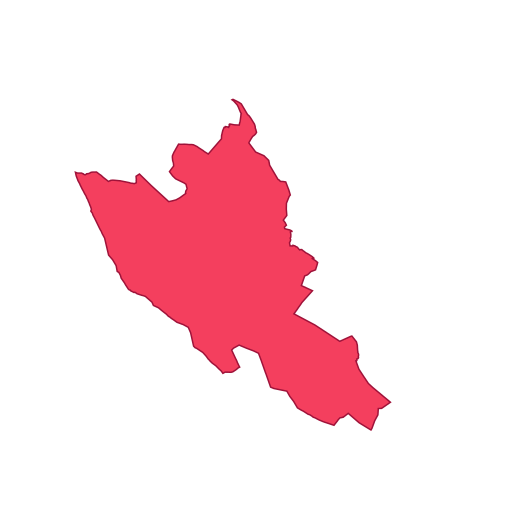 Kviteseid nor, Telemark, Norway (Robinson projection), rotated 36°
{"feature_id": "86288312B3743055335069", "entity_name": "Kviteseid nor", "entity_type": "district", "adm_level": 2, "iso_a3": "NOR", "parent_name": "Norway", "parent_adm1": "Telemark", "projection": "robinson", "projection_center": [8.487, 59.408], "detail": "fine", "context": "isolated", "style": "filled", "palette": "rose", "viewbox_px": 512, "rotation_deg": 36, "n_neighbors": 0, "source": "geoboundaries", "source_scale": "gbopen_adm2", "svg_char_len": 5991}
<svg xmlns="http://www.w3.org/2000/svg" viewBox="0 0 512 512"><g transform="rotate(36 256 256)"><path d="M172.1,357.8L172.9,357.9L173.2,357.9L173.5,357.9L174.3,357.5L174.6,357.5L174.8,357.6L175.0,357.8L175.7,357.8L176.5,357.6L176.9,357.5L178.6,357.3L179.0,357.0L179.0,356.8L179.2,356.6L179.9,356.4L180.7,356.5L181.3,356.4L181.8,356.5L187.1,354.8L187.9,354.4L190.3,353.7L199.0,354.5L202.1,356.3L207.6,355.2L211.2,355.5L216.2,355.7L217.3,355.7L218.6,355.9L220.7,356.3L221.6,356.1L222.6,356.1L223.4,356.2L225.2,356.2L226.5,356.1L231.0,356.1L233.7,355.3L236.0,354.7L237.2,354.3L243.1,353.5L248.2,356.5L258.5,365.6L260.7,366.0L262.1,365.6L269.7,365.3L273.5,366.1L274.8,366.4L278.1,367.5L279.2,367.6L281.5,368.2L282.2,368.1L283.3,368.4L288.0,368.4L292.7,369.2L295.0,369.4L295.8,369.6L298.2,370.4L298.9,368.9L299.3,368.1L302.0,366.2L302.3,366.0L304.1,364.8L305.3,363.4L306.6,360.0L307.2,357.8L307.3,357.1L308.1,355.5L306.8,354.9L304.5,353.6L303.6,353.2L302.8,352.6L300.9,351.5L300.0,351.1L291.6,346.4L292.0,343.7L294.7,338.0L302.4,336.2L309.8,334.2L315.2,333.2L322.0,337.7L323.4,338.7L325.6,340.2L332.1,344.7L333.5,345.6L344.9,353.5L348.3,352.7L360.4,347.2L365.9,349.7L371.9,351.5L378.8,354.5L383.2,354.1L385.6,353.7L391.3,353.4L391.9,353.1L393.0,352.8L395.4,352.7L396.1,352.7L396.4,352.8L396.7,352.8L397.3,352.7L399.0,352.2L399.6,352.1L400.5,352.0L403.7,351.5L405.7,351.0L407.1,350.7L409.9,349.9L410.1,349.8L412.9,348.9L413.5,348.7L415.5,348.1L418.6,347.1L418.8,341.0L418.7,340.1L418.8,339.6L419.0,338.2L419.0,337.7L419.6,337.0L419.9,336.6L420.3,336.4L420.5,336.1L420.8,335.8L421.0,335.4L421.3,335.2L421.2,334.8L421.5,334.5L421.6,334.3L423.1,329.1L425.8,329.3L437.4,330.3L451.3,329.2L451.1,327.2L448.9,319.6L448.0,312.9L444.6,307.5L447.2,305.4L450.7,295.3L428.0,293.8L421.9,293.1L413.7,290.1L405.8,287.1L398.7,282.3L398.6,282.2L398.9,282.1L399.0,281.9L399.0,281.6L399.0,281.3L398.9,281.0L398.7,280.8L398.2,280.3L398.1,280.0L398.1,279.8L398.7,279.3L398.7,279.1L398.7,278.9L398.8,278.8L398.6,278.3L398.7,278.0L398.6,277.9L397.9,277.3L397.8,277.0L397.8,276.9L397.6,276.5L397.4,276.3L397.3,275.9L396.6,275.1L395.3,274.3L394.7,274.0L394.4,273.2L393.9,272.9L390.4,268.6L387.7,266.4L380.6,264.4L379.9,265.3L373.9,275.8L344.2,277.2L320.7,280.5L320.7,280.2L320.7,278.0L320.7,275.1L320.6,272.7L320.6,269.3L320.6,268.7L320.5,267.6L320.5,266.4L322.1,250.9L310.1,253.3L307.1,243.5L308.7,241.0L309.1,239.3L309.5,236.8L309.6,236.3L311.5,233.5L311.8,233.0L312.3,232.2L310.7,227.5L309.7,225.0L306.9,224.8L303.0,225.0L303.0,224.6L303.8,224.1L304.0,223.7L302.2,223.5L301.0,223.5L297.3,223.7L295.5,223.9L294.9,224.1L294.5,224.1L291.6,224.0L291.4,224.1L289.2,223.9L288.9,224.3L288.6,224.4L288.1,224.8L287.8,225.4L286.4,225.2L286.2,225.1L284.4,224.6L283.0,224.8L282.5,225.1L282.3,225.0L281.8,224.9L281.6,224.9L281.3,225.0L281.2,225.1L279.9,225.5L280.0,225.6L279.7,225.9L279.8,226.3L278.9,226.9L278.6,227.1L277.6,227.8L275.3,225.6L275.1,224.1L274.6,222.6L273.1,221.4L273.1,220.4L271.4,217.9L269.6,216.3L270.1,215.4L270.6,215.0L270.2,214.7L268.2,215.0L264.8,216.4L263.1,217.0L262.0,215.9L262.5,213.2L261.3,212.6L260.3,212.0L257.0,210.9L257.1,205.1L253.0,200.3L249.6,195.4L247.8,188.2L247.9,186.5L243.9,183.4L236.5,178.6L234.0,179.9L231.9,181.3L230.4,180.9L228.8,181.1L213.6,174.5L212.3,173.2L210.1,171.2L203.5,170.2L194.6,172.1L183.9,168.8L183.6,168.4L183.5,167.3L183.2,164.8L183.0,161.3L183.6,159.4L183.9,157.7L183.9,157.2L183.8,156.1L183.8,155.9L183.8,155.7L183.5,155.4L182.2,154.4L181.7,153.9L181.1,153.6L180.7,153.2L180.3,153.0L179.1,151.6L177.2,150.2L170.6,147.5L168.2,146.7L166.0,146.5L154.7,141.6L152.0,141.7L148.7,142.2L145.3,142.8L144.8,143.7L146.8,143.7L152.0,144.8L154.0,145.8L156.4,147.3L158.9,148.8L160.4,149.5L160.5,150.2L160.7,150.3L162.5,153.6L163.7,155.8L164.2,156.7L164.4,157.3L164.6,158.2L165.0,158.7L165.0,158.9L165.5,159.9L161.6,162.5L157.4,164.5L157.6,164.9L157.6,165.0L157.4,165.1L157.1,165.1L157.0,165.3L157.4,165.6L157.8,165.7L157.8,166.3L157.8,166.6L158.0,166.7L157.9,166.9L157.9,167.0L158.1,167.4L158.1,167.8L158.2,168.0L157.8,168.0L157.5,168.0L157.4,168.1L157.4,168.3L156.3,168.6L156.1,168.8L155.8,169.0L155.5,169.1L155.2,169.2L155.1,169.3L155.3,169.5L155.2,169.6L155.3,169.8L155.2,169.9L155.3,170.2L154.6,170.8L155.4,174.2L156.7,177.2L157.4,178.9L159.2,181.5L158.8,185.6L158.4,190.4L158.4,190.6L158.3,191.5L157.6,199.9L157.4,201.6L156.7,201.6L152.6,201.9L151.4,201.8L146.0,202.1L144.0,202.1L140.0,202.8L138.7,203.5L138.2,203.8L136.5,205.1L134.6,206.2L133.2,207.1L132.3,207.7L129.6,209.8L127.6,211.0L128.3,217.3L128.5,218.5L128.6,220.0L129.0,222.0L129.5,224.1L130.3,225.3L132.4,227.7L134.5,229.3L136.5,231.6L136.4,234.9L136.4,238.6L141.4,240.2L145.6,240.8L154.7,239.2L157.2,239.1L159.3,240.9L160.4,241.7L160.7,242.1L160.9,243.2L161.0,244.6L161.6,246.0L162.4,246.7L160.1,253.8L158.3,257.6L155.6,260.9L153.4,263.3L129.8,260.6L113.5,258.2L112.1,262.0L112.8,262.8L113.1,263.2L113.4,263.4L113.5,263.7L114.1,264.2L114.3,264.5L114.4,265.0L115.1,265.7L115.2,265.9L115.4,266.1L115.5,266.4L115.7,266.6L116.1,267.1L115.0,269.0L113.3,269.8L111.9,270.7L110.4,271.1L101.9,275.0L97.5,277.6L95.6,278.8L94.0,280.2L94.0,280.5L93.4,281.3L92.8,282.4L87.1,282.2L85.5,282.1L84.1,281.9L82.8,281.8L81.8,281.9L77.7,281.8L77.3,282.0L76.6,282.6L74.8,283.9L73.9,284.7L73.3,285.3L72.8,286.5L72.3,287.5L70.7,289.0L70.8,289.2L70.8,289.3L70.6,289.5L70.0,290.8L69.0,291.1L68.5,291.2L68.1,291.0L67.7,291.2L66.2,291.4L63.0,293.7L62.3,294.0L60.7,294.4L63.5,296.9L65.9,298.5L66.9,299.1L67.2,299.3L67.5,299.6L70.5,301.0L71.1,301.3L72.0,301.9L73.0,302.4L75.8,303.9L78.2,305.0L80.9,306.4L82.9,307.2L85.5,308.8L86.5,309.1L86.9,309.4L87.2,309.6L88.7,310.6L89.6,311.0L91.1,312.1L91.9,312.6L92.8,313.1L95.1,314.7L95.4,315.0L95.9,316.5L96.2,316.9L98.2,317.4L100.2,318.8L103.3,320.3L113.6,325.8L115.1,326.5L116.1,326.9L118.4,328.3L123.0,330.5L136.2,341.9L142.2,343.3L148.5,346.0L152.8,350.1L154.7,349.9L157.6,351.3L160.0,353.2L165.5,355.1L167.4,356.0L171.1,357.4L172.1,357.8Z" fill="#f43f5e" stroke="#9f1239" stroke-width="1.5"/></g></svg>